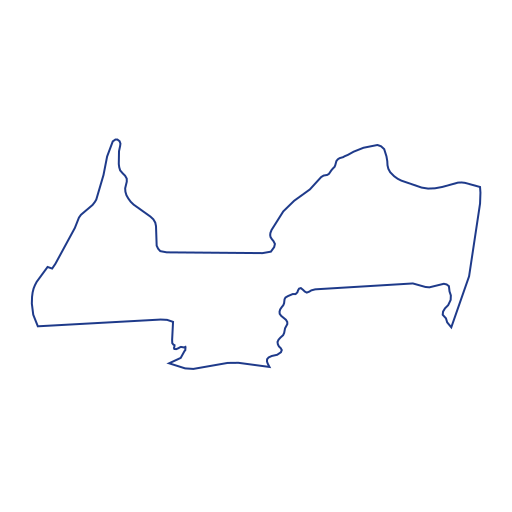 an SVG outline of Para, rotated 181°
{"feature_id": "SUR-68", "entity_name": "Para", "entity_type": "District", "adm_level": 1, "iso_a3": "SUR", "parent_name": "Suriname", "parent_adm1": "", "projection": "mercator", "projection_center": [-55.311, 5.329], "detail": "fine", "context": "isolated", "style": "outline", "palette": "blue", "viewbox_px": 512, "rotation_deg": 181, "n_neighbors": 0, "source": "natural_earth", "source_scale": "10m", "svg_char_len": 2335}
<svg xmlns="http://www.w3.org/2000/svg" viewBox="0 0 512 512"><g transform="rotate(181 256 256)"><path d="M341.0,147.2L329.5,152.8L325.8,159.8L325.1,160.5L324.9,163.6L325.0,163.9L326.3,163.3L329.5,163.8L330.4,163.4L332.1,162.4L334.1,161.5L336.0,161.6L336.4,162.6L336.0,164.1L335.9,165.4L337.1,166.0L338.2,167.4L338.4,170.7L337.8,188.7L343.8,190.6L350.2,190.8L472.9,181.9L477.7,193.4L479.3,204.5L479.2,211.3L478.7,215.7L477.8,219.6L476.5,223.0L474.8,226.4L464.2,241.4L459.6,239.9L456.5,244.6L437.6,280.9L433.7,291.3L431.7,294.2L420.3,304.2L418.0,307.3L416.7,309.6L409.9,334.3L406.6,352.9L401.2,368.1L398.6,370.0L396.6,370.0L394.4,368.4L393.5,366.0L393.8,363.5L394.8,358.4L394.8,345.6L394.3,342.3L393.3,339.2L390.7,336.3L388.3,334.0L386.6,331.1L386.5,328.1L388.0,321.4L387.7,318.0L386.6,314.5L384.7,311.3L382.2,308.0L379.2,305.2L362.3,293.6L359.3,290.9L357.3,287.6L356.5,284.1L355.5,264.6L354.0,261.6L351.8,259.2L345.3,258.1L249.5,259.0L241.2,260.6L238.0,265.2L237.3,268.4L238.8,271.2L240.5,273.2L241.8,275.2L242.2,277.2L242.0,279.3L240.9,282.3L229.5,301.1L218.8,311.9L203.3,323.5L192.2,336.1L189.8,337.6L186.2,338.3L184.5,339.4L182.0,343.2L180.4,345.1L179.0,346.5L178.3,348.3L177.3,352.3L175.9,354.1L174.1,355.3L170.5,356.4L169.3,357.2L165.9,358.7L160.2,362.0L150.4,366.1L136.6,369.1L132.9,367.9L129.7,365.1L127.3,357.9L126.4,353.1L126.1,349.0L125.2,345.5L123.3,342.1L119.3,338.2L115.7,335.7L112.0,333.9L91.6,327.3L85.1,326.4L78.3,326.8L70.9,328.3L55.3,332.9L51.7,333.1L48.4,332.8L33.2,328.9L32.7,323.2L32.9,312.3L42.6,239.4L59.5,188.1L63.7,193.0L65.0,197.0L68.3,200.5L68.0,203.7L66.1,207.0L63.0,210.2L60.6,215.5L60.5,220.0L61.9,224.0L62.6,229.2L64.9,230.9L67.7,231.5L82.1,227.7L86.1,228.0L98.7,231.3L196.2,223.7L200.1,222.6L202.1,221.3L204.6,220.3L206.6,221.3L208.4,223.0L210.6,224.7L212.4,224.1L213.4,222.3L214.0,220.4L215.8,218.6L218.6,218.6L223.3,216.5L225.8,215.0L226.7,213.2L227.1,209.2L227.9,207.2L229.4,205.3L230.9,203.0L231.5,200.7L231.3,198.6L229.8,196.6L225.0,192.8L223.6,190.6L223.5,188.5L225.7,184.2L226.5,179.6L227.5,177.3L230.1,174.9L232.0,172.7L233.0,170.4L232.6,168.1L231.5,166.0L229.7,164.3L228.6,162.4L229.4,160.2L233.1,157.6L238.5,156.3L241.6,154.8L243.1,153.0L243.2,150.8L242.4,148.6L240.6,145.3L271.7,148.9L282.5,148.6L316.7,142.0L324.9,142.4L341.0,147.2Z" fill="none" stroke="#1e3a8a" stroke-width="2"/></g></svg>